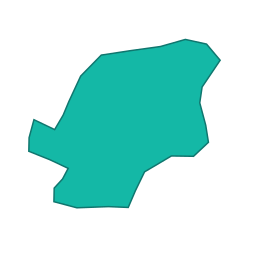 SVG path tracing the border of Orahovac, rotated 81°
{"feature_id": "KOS-5891", "entity_name": "Orahovac", "entity_type": "District", "adm_level": 1, "iso_a3": "XKX", "parent_name": "Kosovo", "parent_adm1": "", "projection": "natural_earth1", "projection_center": [20.611, 42.394], "detail": "fine", "context": "isolated", "style": "filled", "palette": "teal", "viewbox_px": 256, "rotation_deg": 81, "n_neighbors": 0, "source": "natural_earth", "source_scale": "10m", "svg_char_len": 511}
<svg xmlns="http://www.w3.org/2000/svg" viewBox="0 0 256 256"><g transform="rotate(81 128 128)"><path d="M105.1,219.6L118.1,200.7L105.1,190.0L92.8,182.4L69.3,166.6L51.8,143.0L52.0,113.6L52.6,83.2L49.5,57.5L57.4,37.3L75.5,26.4L99.1,48.4L114.4,53.2L137.4,50.8L154.7,50.8L166.2,67.7L162.4,89.5L173.9,118.5L191.1,130.5L206.5,140.2L202.6,159.5L198.8,191.0L189.2,212.7L175.8,210.3L168.1,200.6L158.5,193.4L147.0,210.3L135.5,229.6L122.1,227.2L105.1,219.6Z" fill="#14b8a6" stroke="#0f766e" stroke-width="1.5"/></g></svg>